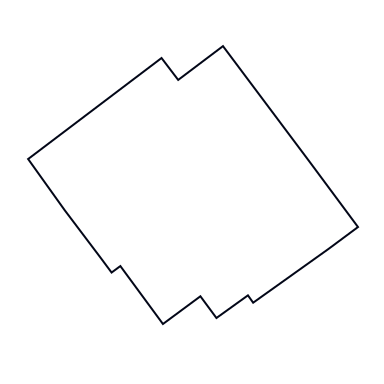 the district of Logan, Illinois, United States of America, rotated 324°
{"feature_id": "52423323B39972764046718", "entity_name": "Logan", "entity_type": "district", "adm_level": 2, "iso_a3": "USA", "parent_name": "United States of America", "parent_adm1": "Illinois", "projection": "natural_earth1", "projection_center": [-89.404, 40.121], "detail": "fine", "context": "isolated", "style": "outline", "palette": "ink", "viewbox_px": 384, "rotation_deg": 324, "n_neighbors": 0, "source": "geoboundaries", "source_scale": "gbopen_adm2", "svg_char_len": 369}
<svg xmlns="http://www.w3.org/2000/svg" viewBox="0 0 384 384"><g transform="rotate(324 192 192)"><path d="M78.8,69.0L78.3,131.9L79.4,191.2L79.6,209.9L90.5,209.8L90.9,281.7L137.5,281.3L137.7,308.3L176.5,308.5L176.4,317.5L268.9,318.3L305.7,317.9L304.9,236.7L302.8,92.5L302.8,92.2L246.7,93.2L246.1,65.7L78.8,69.0Z" fill="none" stroke="#020617" stroke-width="2"/></g></svg>